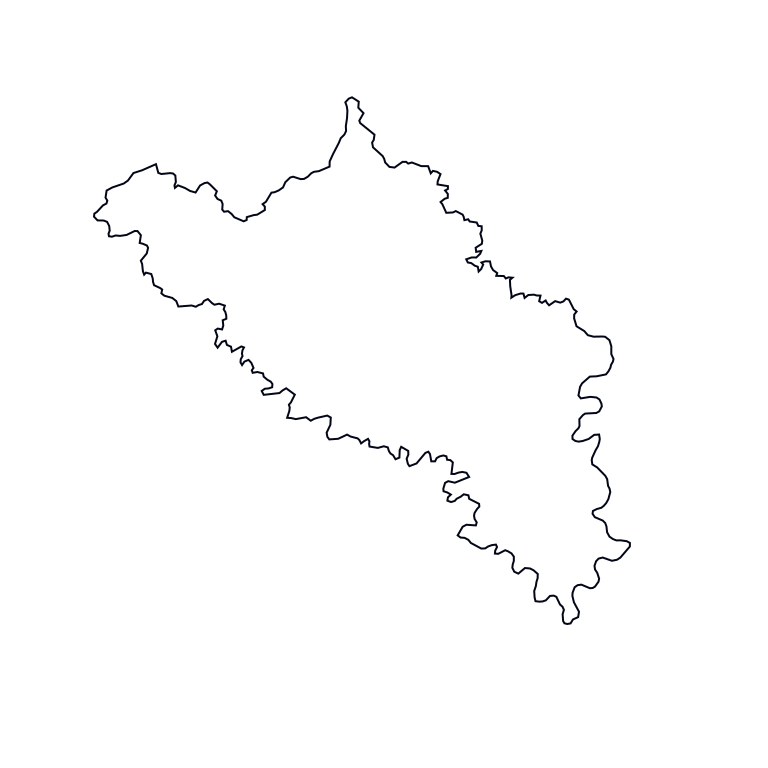 Cruz Machado, Paraná, Brazil (Natural Earth projection), rotated 253°
{"feature_id": "56859067B73120283619986", "entity_name": "Cruz Machado", "entity_type": "district", "adm_level": 2, "iso_a3": "BRA", "parent_name": "Brazil", "parent_adm1": "Paraná", "projection": "natural_earth1", "projection_center": [-51.253, -25.895], "detail": "fine", "context": "isolated", "style": "outline", "palette": "ink", "viewbox_px": 768, "rotation_deg": 253, "n_neighbors": 0, "source": "geoboundaries", "source_scale": "gbopen_adm2", "svg_char_len": 6166}
<svg xmlns="http://www.w3.org/2000/svg" viewBox="0 0 768 768"><g transform="rotate(253 384 384)"><path d="M397.0,589.4L400.1,587.3L410.6,585.5L412.4,583.0L410.5,579.7L410.3,576.3L413.2,571.9L411.0,564.9L414.0,563.5L416.6,563.0L415.4,558.8L417.8,556.6L422.8,559.5L424.0,555.9L425.6,553.5L426.9,548.0L425.2,543.6L429.7,543.8L430.6,541.0L430.6,535.5L429.3,531.0L431.5,531.9L440.6,533.3L446.8,534.9L448.1,537.9L449.6,534.2L449.3,531.3L452.2,530.2L454.6,523.0L457.0,524.7L461.1,521.6L465.2,520.7L470.2,521.2L471.7,516.9L471.7,512.7L469.2,513.8L465.5,510.5L463.9,507.4L468.7,508.0L470.6,505.4L474.1,502.8L475.7,499.7L479.2,499.1L479.4,504.7L478.0,509.2L480.4,514.0L482.8,516.0L483.4,510.8L487.5,511.5L489.5,518.6L492.4,519.9L499.6,520.1L502.4,522.4L506.3,523.5L507.6,520.4L511.3,519.9L514.4,513.4L516.9,512.7L517.2,508.8L520.6,509.1L523.0,508.7L528.4,503.2L527.9,500.1L529.5,493.6L538.8,492.4L541.5,491.3L543.4,496.2L543.4,499.4L547.1,500.6L551.2,499.0L551.8,502.1L554.5,503.0L559.2,493.5L562.1,494.6L568.2,499.4L571.4,496.8L573.5,493.1L571.8,490.3L579.4,489.9L581.5,483.3L587.7,475.4L587.7,471.6L590.0,470.1L591.0,466.6L587.9,457.4L590.0,452.7L595.5,449.9L599.2,450.0L602.3,449.4L613.5,442.7L618.3,443.2L620.5,445.6L625.2,447.8L640.5,437.5L643.1,437.4L649.0,443.6L655.7,440.2L661.4,442.4L667.5,437.2L667.2,433.7L664.7,429.4L660.4,429.6L656.0,428.9L649.1,426.4L641.8,422.9L637.0,421.7L634.1,419.0L631.7,414.5L627.9,411.4L618.7,402.4L612.7,397.1L607.8,395.5L606.6,383.9L607.4,379.0L606.8,376.0L604.5,371.7L603.5,367.5L604.3,364.2L608.8,357.7L608.9,354.7L605.8,348.6L601.5,344.9L599.9,339.9L599.4,335.4L599.9,332.3L592.8,324.4L591.5,320.5L588.5,321.9L585.2,320.9L583.0,312.2L583.6,308.9L583.7,301.6L581.0,300.6L580.6,297.4L587.2,289.6L591.1,288.0L594.9,285.4L595.5,281.4L598.1,280.3L603.3,282.3L606.9,282.0L609.6,278.9L613.6,277.6L617.2,280.5L625.8,275.9L628.3,274.1L628.6,271.0L627.6,266.1L622.2,259.8L625.3,255.0L629.6,251.0L634.2,245.1L632.7,241.4L635.2,241.7L638.0,244.0L644.4,245.4L647.0,243.8L648.2,241.1L649.9,232.5L651.9,229.9L660.9,230.2L659.1,215.0L659.0,206.1L653.4,198.6L651.8,193.7L651.4,181.7L650.1,175.3L643.7,172.2L640.2,173.0L637.7,171.3L637.0,167.5L632.5,159.8L631.6,156.8L628.8,155.6L624.2,157.9L622.3,163.7L620.0,166.6L615.4,167.4L610.8,166.5L608.3,164.5L605.7,164.2L604.4,166.9L604.5,170.8L602.8,174.9L601.8,181.4L603.2,190.3L602.3,193.0L597.4,195.0L590.3,191.6L588.6,194.4L585.7,197.8L583.2,198.2L578.2,195.3L573.0,187.5L569.6,187.8L562.3,186.4L558.7,186.6L560.1,188.9L557.2,193.6L552.6,193.7L549.2,193.0L545.7,193.0L541.3,197.9L539.2,199.5L535.8,197.6L532.7,199.7L528.2,206.7L524.0,209.6L518.2,210.0L515.3,223.0L512.9,226.6L513.7,230.0L513.7,233.3L516.1,236.2L516.7,240.4L511.6,243.2L509.4,245.0L509.0,249.8L505.5,254.7L502.2,252.5L499.3,253.3L495.8,253.2L492.5,252.3L492.1,248.4L486.9,247.4L483.5,245.1L485.6,241.2L484.7,238.3L478.3,238.6L471.7,234.1L467.4,235.5L471.7,241.4L471.7,245.2L467.3,245.2L464.4,248.6L459.3,248.0L461.6,258.6L459.9,260.8L457.6,258.5L454.5,257.0L452.1,256.9L449.6,254.3L446.7,253.1L443.6,253.8L446.2,257.0L446.7,261.5L443.0,263.3L437.5,263.9L435.8,261.6L433.1,261.7L432.5,266.4L429.5,271.4L426.2,271.1L422.3,273.6L419.3,276.4L416.6,277.3L413.6,276.1L413.5,272.4L414.3,268.6L413.1,265.0L408.8,265.8L405.9,281.4L407.5,285.1L408.5,289.2L399.9,295.6L393.6,289.6L392.0,287.0L389.1,287.0L385.9,285.6L380.0,281.5L378.5,285.4L376.2,289.4L375.0,299.8L370.3,303.2L371.1,307.2L371.1,311.1L370.4,320.5L367.5,323.3L360.7,320.8L354.2,314.9L350.0,314.4L347.0,315.5L345.0,324.2L346.4,333.9L343.5,336.7L339.7,342.9L337.5,344.1L333.9,344.7L335.2,348.3L336.2,352.7L333.4,353.3L330.9,352.2L328.4,351.9L324.7,359.4L324.5,365.6L322.3,369.1L318.3,369.1L315.6,369.9L313.2,371.9L308.7,373.0L309.1,377.2L316.2,379.7L318.9,382.1L312.9,387.6L309.3,386.6L305.9,383.8L300.7,383.5L298.0,384.3L298.5,391.9L306.0,403.4L306.3,406.6L303.5,407.5L296.2,406.6L295.1,410.2L297.8,412.8L298.5,416.1L298.3,419.9L296.6,422.5L293.1,422.2L291.8,425.2L288.9,426.9L278.3,422.2L277.3,425.2L277.5,429.3L277.0,433.2L275.0,436.9L270.2,438.2L268.9,422.9L272.3,417.0L271.6,413.5L266.5,410.1L264.0,409.6L261.8,412.8L258.7,415.6L256.9,412.0L253.9,410.5L251.5,413.6L251.5,417.5L253.0,419.9L253.8,424.4L255.2,428.0L252.9,432.2L249.3,431.9L241.6,439.9L238.9,439.3L237.3,436.5L234.2,432.9L231.7,431.6L228.4,431.2L224.6,432.2L221.9,430.5L225.3,421.7L224.5,417.5L217.7,410.2L214.8,412.3L213.3,416.1L210.3,419.1L206.6,420.6L198.2,428.9L197.2,432.7L198.2,436.1L198.4,439.9L197.7,444.1L195.0,444.4L192.1,441.6L189.4,440.5L188.2,443.6L189.6,451.3L187.8,453.6L184.7,456.4L180.9,457.7L176.8,456.4L173.7,454.3L170.7,453.0L166.4,453.7L163.4,457.0L166.8,465.0L164.9,469.7L162.2,472.5L157.4,475.5L153.3,474.1L150.3,472.0L146.3,470.1L142.1,467.1L135.8,465.6L132.0,465.4L130.4,469.0L129.7,472.1L129.8,475.5L132.8,480.8L132.0,484.4L130.1,486.6L121.8,487.8L118.8,489.6L115.4,490.0L111.6,487.5L105.0,486.0L102.4,486.6L100.9,489.1L100.5,492.4L103.6,495.9L104.3,501.5L109.2,503.9L119.7,501.8L126.3,502.2L129.2,503.3L133.9,506.9L135.0,510.3L134.4,514.1L128.5,521.2L127.9,524.0L128.6,526.6L132.2,531.3L134.9,532.8L141.1,532.7L144.9,531.6L148.5,532.1L152.5,535.0L154.3,538.2L154.1,542.4L148.3,550.3L147.8,555.4L148.9,559.3L156.7,571.6L160.1,572.7L162.7,570.2L165.3,564.6L166.5,560.5L168.8,557.6L172.1,555.0L177.0,554.0L182.8,555.1L186.4,554.9L189.5,553.2L195.0,546.7L198.9,545.5L201.5,546.7L202.2,550.9L202.1,555.6L203.2,558.5L205.1,561.6L208.3,564.9L214.5,568.8L218.0,569.1L221.0,568.5L227.8,569.6L231.5,568.8L242.0,563.4L246.2,559.7L250.5,560.4L252.7,561.6L258.9,567.1L261.9,570.4L265.6,572.9L268.4,574.3L272.8,574.9L273.9,570.1L271.6,563.7L271.4,557.3L272.0,553.2L273.6,550.3L276.3,548.2L279.5,549.1L283.0,553.5L284.8,557.0L286.7,558.7L293.2,560.5L296.1,565.1L296.9,567.7L294.2,578.6L294.9,581.8L298.8,585.7L301.5,586.2L306.3,585.5L309.0,583.2L311.4,577.5L312.7,568.0L316.2,566.6L324.0,570.7L326.7,573.6L330.9,583.0L329.2,589.6L328.3,599.1L330.3,602.1L333.3,605.2L336.0,606.8L338.4,609.4L340.8,610.8L346.1,610.1L353.6,612.4L360.0,612.4L364.5,609.3L365.6,606.6L368.0,598.2L371.1,593.2L376.1,591.0L382.9,585.0L391.1,585.0L394.8,586.2L397.0,589.4Z" fill="none" stroke="#020617" stroke-width="2"/></g></svg>